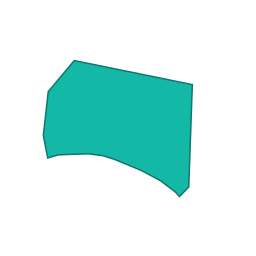 outline of 45, Ad Dawhah, Qatar, rotated 220°
{"feature_id": "91078587B95881702990633", "entity_name": "45", "entity_type": "district", "adm_level": 2, "iso_a3": "QAT", "parent_name": "Qatar", "parent_adm1": "Ad Dawhah", "projection": "natural_earth1", "projection_center": [51.549, 25.253], "detail": "fine", "context": "isolated", "style": "filled", "palette": "teal", "viewbox_px": 256, "rotation_deg": 220, "n_neighbors": 0, "source": "geoboundaries", "source_scale": "gbopen_adm2", "svg_char_len": 398}
<svg xmlns="http://www.w3.org/2000/svg" viewBox="0 0 256 256"><g transform="rotate(220 128 128)"><path d="M212.5,145.1L212.5,104.6L188.0,67.8L170.2,53.4L164.2,62.5L153.6,72.2L141.7,82.8L129.5,90.6L118.4,95.2L90.9,103.9L69.3,108.5L51.1,109.4L44.5,108.6L44.5,108.8L43.5,121.8L106.6,202.6L106.8,202.4L107.1,202.3L126.1,192.0L212.5,145.1Z" fill="#14b8a6" stroke="#0f766e" stroke-width="1.5"/></g></svg>